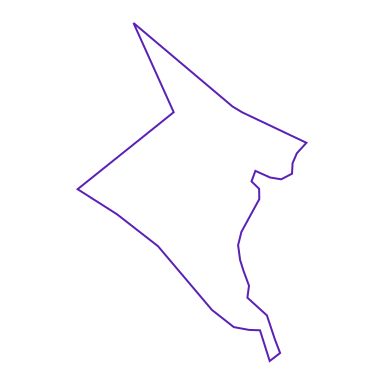 the district of Lucrécia, Rio Grande do Norte, Brazil
{"feature_id": "56859067B24912804909382", "entity_name": "Lucrécia", "entity_type": "district", "adm_level": 2, "iso_a3": "BRA", "parent_name": "Brazil", "parent_adm1": "Rio Grande do Norte", "projection": "natural_earth1", "projection_center": [-37.811, -6.105], "detail": "fine", "context": "isolated", "style": "outline", "palette": "violet", "viewbox_px": 384, "rotation_deg": 0, "n_neighbors": 0, "source": "geoboundaries", "source_scale": "gbopen_adm2", "svg_char_len": 521}
<svg xmlns="http://www.w3.org/2000/svg" viewBox="0 0 384 384"><path d="M306.4,142.8L242.3,112.4L232.5,106.5L133.5,23.0L173.7,112.2L146.9,133.7L77.6,189.2L116.9,214.2L158.0,246.2L212.0,310.0L233.8,327.1L249.0,329.9L260.0,330.3L269.7,361.0L280.1,353.0L274.9,339.4L266.9,315.4L247.4,297.7L249.0,285.7L243.5,270.8L240.1,260.0L238.1,245.1L241.4,231.9L259.3,199.1L259.1,188.8L251.5,181.4L255.4,170.9L270.1,177.5L281.2,179.3L292.0,173.7L292.6,163.1L296.9,153.2L306.4,142.8Z" fill="none" stroke="#5b21b6" stroke-width="2"/></svg>